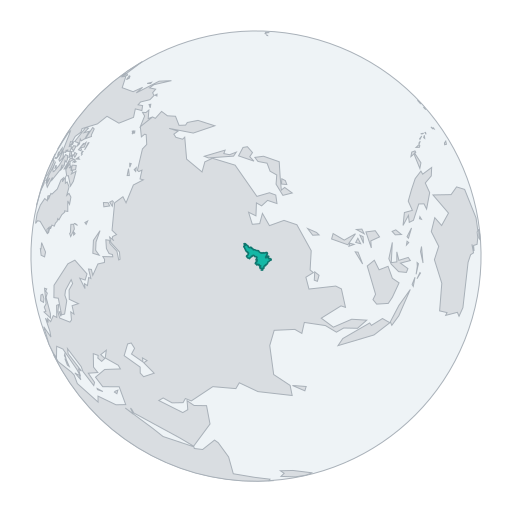 the Earth from above Shaanxi, rotated 292°
{"feature_id": "CHN-1804", "entity_name": "Shaanxi", "entity_type": "Province", "adm_level": 1, "iso_a3": "CHN", "parent_name": "China", "parent_adm1": "", "projection": "orthographic", "projection_center": [108.8, 35.643], "detail": "fine", "context": "on_globe", "style": "filled", "palette": "teal", "viewbox_px": 512, "rotation_deg": 292, "n_neighbors": 0, "source": "natural_earth", "source_scale": "10m", "svg_char_len": 15980}
<svg xmlns="http://www.w3.org/2000/svg" viewBox="0 0 512 512"><g transform="rotate(292 256 256)"><circle cx="256" cy="256" r="225" fill="#eef3f6" stroke="#a8b0b8"/><path d="M460.9,347.3L460.6,348.4L460.4,348.7L460.9,347.3ZM393.8,77.8L393.5,77.6L376.7,67.5L375.8,66.1L371.9,64.4L372.8,66.2L374.3,68.0L361.9,68.9L362.3,80.5L369.9,87.7L362.4,83.9L381.8,100.7L386.9,111.9L376.6,97.2L372.0,94.3L373.1,100.5L368.6,99.0L366.6,101.3L361.2,99.1L355.6,91.3L352.0,90.0L353.0,94.5L348.1,95.7L347.2,89.0L338.7,90.5L327.8,79.1L329.7,65.5L319.1,59.5L309.0,47.0L305.3,47.3L299.2,43.6L292.7,42.7L292.6,41.2L287.5,41.8L288.8,43.4L286.9,44.4L283.2,44.2L282.5,42.0L284.3,41.8L282.1,41.1L283.4,40.2L280.7,40.6L280.3,38.4L275.2,40.3L270.3,38.4L271.5,37.1L278.5,37.5L298.9,37.3L302.3,37.1L300.1,35.8L280.7,32.1L281.3,32.1L298.6,34.8L315.7,38.8L332.5,44.1L348.7,50.7L364.4,58.5L379.5,67.6L393.8,77.8ZM275.0,31.5L275.5,31.6L267.6,31.2L270.9,32.0L268.1,32.1L268.6,33.3L260.8,33.0L252.9,32.3L252.1,31.5L248.7,31.4L243.2,32.4L235.6,31.8L220.6,33.5L238.7,31.4L256.9,30.7L275.0,31.5ZM468.1,184.7L466.4,181.1L467.0,181.1L468.1,184.7ZM465.6,180.6L466.2,181.4L465.8,181.0L465.6,180.6ZM465.5,181.3L465.6,180.8L465.7,181.8L465.5,181.3ZM465.6,182.9L465.5,181.9L465.6,182.1L465.6,182.9ZM465.0,184.1L464.7,184.3L464.5,182.9L465.0,184.1ZM375.7,69.2L373.2,66.5L374.1,65.7L376.7,68.0L375.7,69.2ZM373.4,71.9L371.0,69.8L375.6,71.1L375.5,71.8L373.4,71.9ZM376.4,93.6L375.2,90.4L377.9,94.1L376.4,93.6ZM367.3,102.1L369.0,103.6L367.2,104.2L367.3,102.1ZM272.8,33.5L270.8,33.4L271.7,33.2L272.8,33.5ZM275.0,34.3L277.6,34.1L279.1,34.5L277.4,34.5L275.0,34.3ZM357.3,101.6L353.8,102.4L356.4,100.1L357.3,101.6ZM271.4,34.4L281.3,35.2L283.7,35.9L279.5,36.9L271.4,34.4ZM351.2,102.0L343.0,104.6L346.2,108.0L332.6,100.3L344.1,100.3L346.7,96.9L347.8,100.2L351.2,102.0ZM290.8,44.1L289.2,42.3L293.9,44.1L290.8,44.1ZM294.2,45.0L311.3,50.0L311.7,52.8L305.9,50.4L309.1,54.6L300.9,53.5L297.3,50.9L298.7,49.2L294.5,50.2L294.2,45.0ZM326.3,95.9L323.5,95.6L325.4,94.5L326.3,95.9ZM286.5,44.9L289.9,45.5L290.5,48.0L283.8,47.3L285.8,46.7L286.5,44.9ZM314.0,56.5L313.2,58.4L306.4,58.0L305.2,58.7L300.8,53.8L314.0,56.5ZM283.8,46.0L280.4,46.9L276.7,45.7L283.2,44.6L283.8,46.0ZM293.5,49.0L293.5,50.2L291.3,49.2L293.5,49.0ZM261.9,42.5L265.9,42.7L266.6,43.9L261.9,42.5ZM279.3,47.4L280.6,47.8L281.3,48.4L278.4,48.8L279.3,47.4ZM296.2,54.0L293.5,53.5L297.7,55.9L292.7,56.0L290.7,52.8L289.5,54.2L288.0,54.3L288.0,51.6L296.2,54.0ZM277.6,51.2L273.3,47.6L265.6,46.7L264.8,45.5L277.3,47.3L277.6,51.2ZM283.7,51.6L279.7,51.0L280.8,49.6L284.1,49.2L283.7,51.6ZM290.1,57.3L298.2,58.0L298.4,58.7L290.1,57.3ZM275.1,51.1L276.2,52.0L274.5,51.2L275.1,51.1ZM285.3,55.6L288.1,55.7L288.2,56.5L285.3,55.6ZM276.0,53.9L274.7,52.6L276.9,52.2L276.0,53.9ZM280.1,54.9L279.6,56.0L278.5,52.8L281.4,54.7L280.1,54.9ZM284.9,56.4L285.9,56.9L283.7,56.2L284.9,56.4ZM268.4,56.4L266.5,52.6L271.4,51.5L272.6,55.4L268.4,56.4ZM87.9,106.0L90.0,104.4L84.0,112.1L79.3,128.1L77.5,132.0L70.8,138.1L61.4,164.3L66.9,162.0L65.6,181.9L69.4,190.9L83.5,178.1L77.4,162.9L83.5,152.6L94.1,158.2L100.5,172.6L103.1,169.2L105.0,154.4L112.6,152.5L106.4,149.0L104.4,154.2L100.5,152.4L102.1,147.6L104.7,146.9L104.5,141.7L92.1,147.0L88.7,153.0L84.5,144.4L78.4,153.6L75.1,154.1L84.1,138.8L87.9,135.4L99.5,115.9L95.1,118.4L83.9,137.3L84.6,133.9L78.6,138.4L83.8,132.3L97.4,111.8L97.6,105.0L87.3,109.0L89.6,105.0L96.4,97.3L110.9,85.7L104.0,96.2L109.0,93.1L119.5,84.1L116.5,88.3L119.9,86.2L118.2,90.2L124.8,90.4L124.4,94.3L135.6,89.6L137.0,91.2L129.9,93.3L124.9,97.3L125.0,108.2L127.5,108.9L134.8,105.2L133.9,109.0L141.0,104.1L145.3,109.2L145.9,99.1L154.5,95.4L161.8,96.3L164.8,93.5L152.9,92.2L148.0,93.5L143.6,97.3L130.5,100.3L128.6,97.8L142.8,88.5L141.7,84.2L153.2,79.7L178.3,84.5L184.3,89.6L176.1,106.0L169.7,106.6L169.4,100.9L161.7,109.7L166.1,107.3L165.4,110.8L173.4,108.9L173.3,111.3L181.2,105.6L181.9,108.4L176.9,111.9L189.4,112.4L193.2,117.9L196.1,116.9L198.1,114.2L201.6,123.5L203.6,122.4L203.2,118.9L206.9,114.5L214.8,110.7L215.6,114.1L212.8,115.9L208.3,125.3L200.9,130.2L202.0,131.2L208.6,127.9L214.2,116.4L218.7,113.2L217.0,118.5L217.9,116.3L220.4,115.8L223.6,118.7L225.9,112.9L252.3,105.0L261.1,110.4L256.6,115.6L275.9,115.7L284.4,123.0L284.0,119.6L292.9,118.1L290.4,115.7L290.9,114.0L312.7,110.6L318.5,112.9L327.4,108.7L327.2,107.1L323.5,105.1L332.6,100.3L346.2,108.0L345.9,111.1L354.7,114.3L352.8,121.3L355.4,129.0L348.3,135.7L351.0,141.7L354.1,142.3L360.0,151.4L361.3,169.0L346.5,151.8L341.8,127.7L342.5,136.9L338.2,134.2L336.0,137.3L336.8,144.2L339.5,145.4L319.8,155.4L313.7,174.5L324.1,173.3L330.3,179.0L332.4,202.6L311.6,234.5L319.7,244.8L319.9,251.5L312.5,255.8L311.9,245.9L304.6,242.4L305.4,236.5L293.2,240.9L293.8,232.7L284.0,240.7L287.4,247.3L297.9,246.0L289.2,257.1L299.5,268.6L300.3,282.2L281.6,305.2L263.3,311.4L262.1,315.4L255.0,310.2L245.2,317.5L258.0,341.2L257.5,347.5L241.9,358.2L241.6,353.5L222.8,339.8L219.0,354.4L233.2,368.4L238.0,382.7L227.0,377.2L222.1,364.3L215.5,359.1L217.5,346.4L212.5,325.7L201.4,327.5L202.5,319.5L193.9,300.7L178.1,302.3L152.7,316.8L148.8,336.1L140.2,341.8L131.0,308.6L132.2,288.0L125.5,287.0L118.7,264.9L97.4,250.3L97.4,243.9L92.7,243.3L88.4,233.2L89.6,223.1L85.6,220.0L83.4,246.8L88.0,250.3L96.0,246.3L94.2,254.6L98.7,266.2L83.0,276.3L56.3,269.4L58.7,254.0L64.7,201.5L67.4,198.1L67.6,197.6L68.0,196.6L63.4,201.4L66.1,191.7L57.4,225.2L53.8,237.4L55.8,269.9L54.4,270.9L56.6,279.0L69.8,286.5L68.7,291.0L59.4,305.9L45.6,316.5L50.3,337.8L54.3,352.6L52.2,352.0L54.4,356.6L47.9,342.2L42.3,327.4L37.9,312.3L34.5,296.9L32.1,281.3L30.9,265.5L30.8,249.8L31.8,234.0L33.9,218.4L37.1,202.9L41.3,187.7L46.6,172.8L53.0,158.4L60.3,144.4L68.6,131.0L77.8,118.2L87.9,106.0ZM102.0,197.0L109.2,205.5L115.0,191.9L118.2,194.2L119.0,188.9L115.4,190.9L118.5,177.3L124.9,178.0L128.6,172.9L126.4,169.9L114.2,171.1L109.6,190.2L104.1,192.5L102.0,197.0ZM140.6,72.5L137.1,75.3L133.4,76.4L133.9,73.0L139.3,71.2L140.6,72.5ZM133.0,79.3L146.9,72.0L147.1,74.3L144.6,74.1L143.4,76.4L139.1,76.8L125.6,86.9L121.5,88.7L124.7,80.4L126.0,81.9L129.3,78.8L133.0,79.3ZM182.1,54.0L188.1,52.2L180.8,59.4L176.0,60.3L176.2,56.5L182.0,53.3L182.1,54.0ZM262.1,36.7L264.8,36.5L265.0,37.0L262.8,37.5L262.1,36.7ZM263.7,42.5L250.1,38.4L252.6,37.8L241.6,36.7L243.9,35.0L251.0,35.6L244.5,33.9L251.8,33.8L246.7,32.9L262.1,34.5L268.4,34.8L260.5,35.0L258.2,36.4L259.1,37.2L266.3,39.6L278.7,41.5L278.4,43.8L274.9,44.9L271.9,44.8L273.0,43.2L268.2,44.2L267.5,42.0L263.7,42.5ZM234.0,63.8L236.6,60.8L226.8,64.8L226.1,61.6L225.0,62.2L221.6,60.5L215.6,59.7L216.4,58.2L213.7,58.6L211.4,57.7L208.1,57.8L208.2,55.2L204.1,55.3L206.5,54.1L199.3,55.0L204.7,53.2L202.3,52.2L198.3,54.5L207.3,42.9L206.9,40.3L203.6,39.4L213.2,37.2L222.5,37.0L230.1,38.6L229.1,41.8L233.7,40.5L234.6,41.8L230.6,42.3L237.2,42.4L236.9,43.6L243.7,46.7L253.4,46.7L256.2,48.1L252.2,48.7L257.7,49.7L252.0,52.0L253.9,53.1L250.1,56.8L241.3,57.8L244.0,59.1L241.3,62.3L234.0,63.8ZM267.1,57.4L256.8,58.7L251.3,57.8L260.2,51.9L259.3,50.5L264.8,47.3L272.5,48.8L270.3,49.6L269.9,50.7L267.6,49.7L269.1,51.3L266.0,52.5L266.3,54.2L262.9,54.1L267.1,57.4ZM79.8,131.8L79.3,134.1L79.3,136.8L75.6,140.0L79.8,131.8ZM88.8,117.7L88.9,118.9L83.6,124.2L84.2,122.0L88.8,117.7ZM93.5,115.4L89.3,118.6L91.9,115.6L93.5,115.4ZM130.5,94.5L131.2,95.8L129.5,97.0L127.0,97.6L130.5,94.5ZM204.6,76.9L207.0,74.8L208.3,75.1L216.0,72.5L217.1,75.0L212.9,77.5L204.6,76.9ZM79.9,178.2L76.2,178.6L76.8,175.7L77.9,176.1L79.9,178.2ZM73.7,158.3L73.0,164.8L72.7,159.1L73.7,158.3ZM207.1,79.1L210.2,77.7L208.9,79.9L207.1,79.1ZM218.3,76.7L217.5,79.1L218.1,75.0L218.3,76.7ZM71.0,370.6L76.1,389.6L71.3,384.1L65.9,375.1L61.0,361.7L65.1,363.5L66.0,359.1L71.0,370.6ZM295.2,413.8L302.0,414.2L301.8,414.9L295.2,413.8ZM288.1,411.4L295.9,411.4L286.7,413.2L288.1,411.4ZM299.0,411.3L306.9,409.4L310.3,407.8L309.7,409.5L299.0,411.3ZM282.8,411.6L254.0,410.8L242.6,407.9L245.3,405.2L263.7,407.0L282.8,411.6ZM244.3,405.1L227.0,395.0L203.6,365.6L212.0,367.4L236.5,386.5L234.9,389.0L245.4,396.7L244.3,405.1ZM286.4,390.8L284.7,398.7L268.8,397.9L261.6,396.4L256.6,385.9L259.4,380.8L265.3,381.2L288.4,362.9L296.4,367.3L289.3,375.3L295.9,382.3L286.4,390.8ZM149.6,338.3L153.8,351.4L149.3,351.8L149.6,338.3ZM297.8,349.2L288.5,357.9L297.0,346.4L297.8,349.2ZM303.0,338.2L303.5,342.6L299.8,338.5L303.0,338.2ZM261.7,321.7L255.5,322.4L255.4,319.1L263.3,316.4L261.7,321.7ZM300.8,293.6L300.5,303.3L299.2,306.6L296.5,300.8L300.8,293.6ZM221.1,101.9L209.1,102.4L201.2,105.2L198.0,110.3L197.4,103.7L209.6,99.4L221.1,101.9ZM248.3,104.1L251.1,100.2L253.4,102.1L253.0,103.3L248.3,104.1ZM247.6,101.6L244.6,96.5L248.4,94.5L250.0,98.9L247.6,101.6ZM225.4,86.8L221.7,86.7L222.9,84.8L225.4,86.8ZM354.8,457.9L356.2,456.0L364.3,452.4L359.6,455.6L354.8,457.9ZM329.6,455.0L285.6,467.2L276.2,466.8L279.2,463.8L272.0,454.1L275.1,454.3L273.9,446.8L300.3,438.5L319.4,422.8L333.4,421.8L344.3,409.4L358.5,407.4L353.8,416.7L367.9,418.4L378.9,397.2L386.0,413.9L395.2,416.1L395.9,424.5L373.8,445.7L362.6,452.2L361.1,452.0L356.2,454.7L349.6,456.6L347.3,453.8L342.4,456.3L347.7,451.8L340.4,456.5L337.6,454.5L329.6,455.0ZM429.8,389.2L431.4,388.4L433.6,388.9L430.9,390.7L429.8,389.2ZM456.5,355.9L456.8,356.2L455.3,358.6L456.5,355.9ZM460.4,348.7L458.6,351.9L460.9,347.3L460.4,348.7ZM440.6,372.3L441.3,372.6L440.5,373.6L440.6,372.3ZM439.9,372.4L441.2,369.8L440.8,371.7L439.9,372.4ZM432.5,368.1L433.7,366.4L434.1,366.9L432.5,368.1ZM312.1,413.5L321.7,406.9L326.8,405.9L312.1,413.5ZM431.0,366.9L428.2,368.4L428.6,367.1L431.0,366.9ZM431.3,364.2L431.1,362.9L432.7,365.5L431.3,364.2ZM426.1,363.8L429.4,364.7L425.6,364.3L426.1,363.8ZM424.0,365.3L421.4,365.3L421.6,364.7L424.0,365.3ZM394.3,379.9L403.9,385.7L395.9,388.5L387.1,385.6L379.8,393.3L363.4,396.6L367.3,392.2L365.2,387.4L348.1,388.6L344.6,385.5L350.8,382.1L339.4,380.9L351.9,377.3L356.9,383.9L363.9,376.6L375.9,375.3L387.4,374.6L396.5,377.1L394.3,379.9ZM351.8,393.6L353.9,393.2L352.0,395.7L351.8,393.6ZM416.6,363.7L420.3,365.4L419.8,366.5L418.0,366.8L416.6,363.7ZM398.6,375.1L408.5,365.5L410.7,364.7L404.2,374.0L398.6,375.1ZM406.2,362.4L410.7,361.5L413.0,364.0L412.0,365.3L406.2,362.4ZM326.3,390.5L325.7,392.6L322.5,391.4L326.3,390.5ZM330.5,388.8L340.3,389.7L329.6,390.7L330.5,388.8ZM300.5,383.9L303.3,388.8L312.6,385.0L305.5,390.1L311.7,397.7L309.6,400.8L303.5,392.6L301.2,401.6L297.1,401.6L294.9,394.1L299.1,384.4L303.2,380.2L319.7,377.3L300.5,383.9ZM330.4,382.8L327.8,377.2L329.8,373.0L332.6,375.8L330.4,382.8ZM320.0,363.4L313.0,356.8L306.7,359.9L319.5,348.9L324.1,357.1L320.0,363.4ZM314.1,348.0L308.1,350.9L314.2,344.6L314.1,348.0ZM306.6,348.5L305.9,343.4L310.6,343.8L306.6,348.5ZM317.1,348.0L318.2,339.2L320.6,344.1L317.1,348.0ZM303.8,331.9L313.9,339.9L300.8,336.9L300.1,319.7L305.7,319.1L303.8,331.9ZM333.8,257.8L332.3,252.7L337.3,251.0L336.9,255.0L333.8,257.8ZM352.1,242.2L338.1,248.9L326.6,254.8L330.3,256.9L328.0,266.0L322.3,258.2L330.1,247.7L338.9,244.9L339.9,237.3L346.2,231.5L344.4,222.4L347.0,218.0L351.3,225.6L352.1,242.2ZM343.2,218.6L342.3,202.3L351.8,203.3L354.1,207.1L350.6,214.0L345.7,213.0L343.2,218.6ZM344.9,198.8L340.2,197.8L329.1,175.1L329.1,170.7L342.6,187.7L338.9,187.8L340.0,193.5L344.9,198.8ZM324.5,97.4L323.6,95.8L326.0,97.0L324.5,97.4ZM289.3,112.8L290.4,110.7L293.1,111.9L289.3,112.8ZM294.9,105.7L291.0,105.7L294.7,104.2L294.9,105.7ZM282.3,106.4L289.2,105.1L283.1,108.4L282.3,106.4Z" fill="#d9dde1" stroke="#a8b0b8" stroke-width="1"/><path d="M257.8,271.5L257.6,271.4L257.3,270.9L257.1,270.7L256.9,270.5L256.0,270.1L255.8,270.0L255.5,269.9L255.3,269.6L255.1,269.5L255.0,269.4L254.9,269.3L254.6,269.3L254.3,269.3L254.2,269.3L253.8,269.4L253.6,269.4L253.4,269.5L252.8,269.4L252.6,269.1L252.4,268.9L252.2,268.8L252.1,268.7L251.8,268.7L251.6,268.7L251.5,268.2L251.3,268.2L250.9,268.5L250.7,268.5L250.3,268.2L250.3,267.9L250.4,267.7L250.2,267.5L249.5,267.4L249.1,267.3L248.8,267.6L248.5,267.6L248.2,267.7L247.7,267.9L247.1,267.6L246.9,267.4L246.9,267.2L247.1,266.9L246.9,266.8L246.3,266.9L246.2,266.9L246.1,267.2L245.8,267.2L245.5,267.4L245.4,267.4L245.3,267.0L245.1,266.6L245.7,266.7L245.9,266.6L246.1,266.4L246.3,266.4L246.5,266.1L246.4,265.6L246.5,265.4L246.3,265.3L246.0,265.1L245.9,265.0L245.9,264.8L245.9,264.7L246.1,264.6L246.3,264.3L246.7,264.1L246.8,264.0L246.8,263.9L247.1,263.8L247.2,264.0L247.4,264.1L247.8,263.9L248.0,263.9L248.3,263.9L248.3,264.1L248.6,264.1L248.7,263.9L248.6,263.7L248.4,263.5L248.3,263.1L248.5,262.9L248.4,262.9L248.2,262.7L248.5,262.2L248.6,261.9L248.8,261.8L248.7,261.4L249.0,261.4L249.1,261.2L249.1,260.9L249.0,260.7L248.9,260.6L248.7,260.4L248.1,260.3L248.0,260.2L248.2,259.9L248.3,259.6L248.5,259.5L248.6,259.3L248.7,259.2L248.6,258.7L248.6,258.4L248.9,258.1L249.0,258.1L249.5,258.1L249.9,258.1L250.0,258.2L250.4,258.3L250.5,258.6L250.9,258.9L251.1,258.8L251.2,258.7L251.3,258.8L251.6,258.7L251.8,258.8L252.0,258.6L252.5,258.7L252.9,258.6L252.9,258.4L252.7,258.2L252.4,257.6L252.6,257.5L252.6,257.4L253.0,257.4L253.2,257.5L253.3,257.6L253.9,257.4L254.1,257.4L254.3,257.5L254.6,257.4L254.9,257.5L255.0,257.4L255.4,257.0L255.4,256.4L255.2,256.1L255.1,255.9L255.1,255.4L255.0,255.1L255.3,254.9L255.4,254.7L255.5,254.7L255.7,254.1L255.7,253.9L255.5,253.7L255.7,253.4L255.7,253.2L255.4,252.9L255.2,252.8L254.8,252.8L254.7,252.7L254.6,252.4L254.3,252.4L254.2,252.2L254.0,252.4L253.6,252.2L253.3,251.9L253.1,251.6L252.7,251.4L252.3,251.3L252.1,251.3L252.0,251.2L251.9,251.1L251.7,251.1L251.2,251.0L251.3,250.7L251.2,250.5L251.4,250.0L251.3,249.6L251.1,249.4L251.2,248.9L251.4,248.6L251.4,248.4L251.8,247.9L251.9,247.7L252.3,247.6L252.5,247.5L252.5,247.3L253.2,247.5L253.3,247.6L253.5,247.9L253.5,248.0L254.2,248.1L254.5,248.2L255.1,248.0L255.5,248.1L255.9,248.0L255.9,247.9L255.9,247.6L255.9,247.1L256.0,247.0L256.1,246.8L256.4,247.1L256.6,246.8L256.7,246.4L256.5,246.1L256.5,245.9L256.6,245.6L256.6,245.4L256.8,245.1L257.1,244.8L257.1,244.6L257.6,244.3L257.6,244.1L257.8,244.0L257.8,243.8L258.0,243.6L258.3,243.6L258.4,243.4L258.6,243.2L258.7,242.8L259.1,242.6L259.2,242.4L259.5,242.1L260.2,241.7L260.0,241.2L260.3,241.1L260.5,241.4L260.7,241.5L260.8,241.5L260.9,241.4L261.2,241.3L261.3,241.4L261.5,241.7L261.6,241.8L261.7,241.7L261.9,241.4L262.2,240.9L262.4,240.8L262.6,240.6L262.9,240.5L263.0,240.4L263.1,240.5L262.8,241.1L263.0,241.2L263.1,241.3L263.3,241.4L263.4,241.5L263.2,242.0L263.1,242.5L262.7,242.7L262.6,242.8L262.7,243.1L262.7,243.5L262.4,244.2L262.5,244.4L262.4,244.6L262.3,244.9L262.1,245.0L261.9,245.3L261.5,245.6L261.5,245.8L261.3,245.9L261.3,246.0L261.3,246.3L261.3,246.9L261.5,247.0L261.8,247.4L262.0,247.6L261.9,247.8L262.2,247.9L262.2,248.0L262.2,248.4L262.1,248.5L262.0,248.8L261.9,248.9L261.7,249.0L261.9,249.2L261.8,249.5L261.7,249.6L261.4,250.0L261.3,250.3L261.2,250.4L261.1,250.5L260.9,250.6L261.0,250.6L261.1,250.8L261.0,251.0L260.9,251.1L261.1,251.2L261.0,251.3L261.0,251.5L261.1,251.8L261.3,252.2L261.4,252.5L261.3,253.2L261.3,253.5L261.2,253.8L261.2,254.0L261.4,254.6L261.4,255.0L261.5,255.0L261.7,255.7L261.8,256.0L261.8,256.3L261.6,256.5L261.6,256.8L261.4,256.9L261.2,257.3L261.0,257.5L260.9,257.7L260.9,258.1L260.7,258.7L260.7,259.0L260.6,259.3L260.7,259.8L260.8,259.9L260.8,260.0L261.0,260.0L261.0,260.4L260.9,260.5L261.0,260.7L261.1,260.8L261.4,260.9L261.4,261.0L261.3,261.4L261.5,261.5L261.9,261.8L261.8,262.2L261.9,262.3L262.0,262.5L261.9,262.8L262.0,263.0L262.4,263.2L262.5,263.4L262.5,263.5L262.8,263.8L263.1,264.0L263.2,264.3L263.2,264.6L263.3,264.8L263.1,265.3L262.9,265.5L262.6,265.6L262.4,265.8L262.1,265.8L262.0,265.7L261.8,265.4L261.7,265.4L261.4,265.7L260.7,265.7L260.3,265.5L259.8,265.5L259.5,265.4L259.1,265.4L258.8,265.3L258.6,265.5L258.4,265.4L258.2,265.6L258.1,265.8L258.3,265.8L258.5,265.9L258.8,265.9L259.1,266.0L259.2,266.5L259.2,266.8L259.4,266.8L259.5,266.7L259.8,266.8L260.3,267.0L260.4,267.3L260.5,267.4L260.5,267.7L260.5,267.8L260.2,267.9L260.2,268.0L259.8,268.0L259.6,268.0L259.4,268.1L259.2,267.9L259.0,268.0L258.8,268.0L258.7,268.1L258.5,268.7L258.3,268.9L258.5,269.4L258.7,269.5L258.8,269.8L258.9,270.0L258.7,270.6L258.7,271.0L258.7,271.3L257.8,271.5Z" fill="#14b8a6" stroke="#0f766e" stroke-width="1.5"/></g></svg>